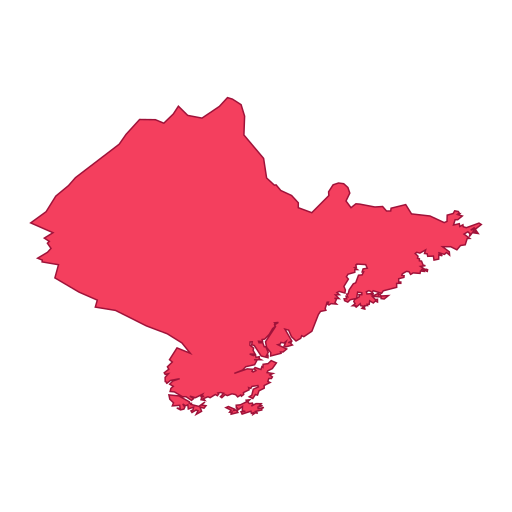 Grimstad nor, Aust-Agder, Norway
{"feature_id": "86288312B29149661311008", "entity_name": "Grimstad nor", "entity_type": "district", "adm_level": 2, "iso_a3": "NOR", "parent_name": "Norway", "parent_adm1": "Aust-Agder", "projection": "equal_earth", "projection_center": [8.556, 58.369], "detail": "fine", "context": "isolated", "style": "filled", "palette": "rose", "viewbox_px": 512, "rotation_deg": 0, "n_neighbors": 0, "source": "geoboundaries", "source_scale": "gbopen_adm2", "svg_char_len": 6113}
<svg xmlns="http://www.w3.org/2000/svg" viewBox="0 0 512 512"><path d="M169.5,359.7L172.3,362.0L167.4,366.8L168.8,369.2L164.2,372.8L165.2,374.4L168.4,373.7L165.1,377.4L165.2,381.6L167.0,382.5L166.4,383.7L170.6,380.4L179.7,378.7L172.8,381.0L169.7,384.2L173.3,386.3L170.9,388.4L170.1,391.5L174.4,391.9L182.5,396.7L186.1,396.7L191.5,400.4L193.5,398.7L189.8,396.1L195.4,397.7L202.6,394.2L201.2,396.4L204.1,396.1L201.8,397.1L201.0,399.7L204.9,400.4L203.4,398.7L208.0,396.7L210.1,397.7L215.3,394.5L217.4,395.7L218.7,394.0L217.9,393.0L220.5,392.5L223.7,393.3L220.4,396.7L221.8,397.7L225.2,394.6L227.3,395.6L232.0,393.8L235.6,394.6L237.7,396.9L240.8,394.9L241.4,396.2L243.7,394.5L243.4,392.6L249.1,389.8L248.6,387.6L250.8,388.4L251.9,386.4L257.9,385.5L258.4,386.9L253.3,389.2L251.8,395.2L249.2,396.8L252.8,398.5L255.4,394.5L257.5,395.1L259.0,390.8L264.2,388.2L264.2,385.5L270.1,382.5L267.8,381.5L268.8,378.5L271.4,378.5L272.4,376.9L269.8,374.9L272.9,373.5L267.1,372.6L267.7,370.9L272.3,368.6L276.4,362.9L271.2,360.6L268.1,363.6L263.1,364.3L262.9,367.3L261.9,366.6L260.9,369.5L255.1,367.5L254.1,368.7L255.9,370.6L253.1,372.0L252.0,371.3L253.0,369.3L247.3,368.9L234.3,373.4L242.6,370.0L245.7,366.7L254.6,364.7L257.1,360.0L254.0,359.7L261.0,359.7L259.2,358.7L259.2,356.7L256.0,357.4L255.5,354.9L253.4,355.6L249.7,354.1L255.2,354.1L253.1,350.4L253.6,348.1L249.9,345.2L250.1,341.9L252.2,341.8L251.7,344.8L254.3,345.5L261.2,356.0L268.0,357.7L268.0,355.3L266.4,355.7L268.2,352.4L265.8,346.7L264.3,346.8L262.7,342.8L259.0,342.8L258.5,341.2L262.6,341.5L262.1,339.5L264.7,339.1L269.3,334.3L272.7,328.5L275.1,326.6L274.5,324.5L275.2,323.8L274.5,322.8L278.4,322.4L274.7,324.8L275.5,326.6L265.5,341.8L266.6,347.4L270.8,352.7L270.6,356.0L281.0,353.3L280.5,352.0L283.1,352.0L286.7,349.0L277.8,344.7L280.4,344.0L280.9,342.4L284.0,343.0L286.1,341.4L284.1,346.0L286.2,346.8L292.4,345.0L290.6,343.3L291.3,342.0L288.2,342.7L291.8,341.0L284.9,329.1L288.6,330.1L291.5,336.7L296.0,341.0L300.7,338.3L301.7,335.7L303.8,336.7L311.9,331.2L318.4,314.5L320.5,311.4L325.9,310.3L325.2,308.5L327.1,302.2L328.5,302.1L327.8,304.3L328.9,305.0L331.0,303.6L336.6,304.1L335.0,302.5L336.5,299.2L334.5,298.2L339.1,298.6L335.4,294.9L339.4,294.7L336.9,292.6L339.1,291.4L344.9,293.0L345.4,290.0L343.9,286.4L348.4,279.1L346.4,276.8L348.0,274.2L354.8,272.3L354.8,269.6L357.4,269.6L354.7,267.6L356.3,267.3L355.8,265.0L357.3,264.3L356.3,264.0L365.7,264.6L367.3,268.2L363.1,268.9L362.1,271.9L363.6,271.9L362.1,274.9L358.5,275.2L355.7,282.8L353.3,283.8L349.2,289.8L348.2,293.8L346.7,294.1L347.7,296.8L346.1,296.4L346.7,298.8L344.1,298.8L344.6,300.7L347.8,302.1L350.3,299.7L356.6,298.4L357.6,292.1L361.8,292.7L361.8,294.7L358.9,294.7L359.4,296.7L354.6,299.6L353.8,301.5L355.1,303.7L352.5,305.7L355.6,305.7L355.3,306.4L356.2,307.1L360.3,303.7L360.8,305.7L364.0,306.3L361.9,308.3L365.6,309.3L364.0,308.6L365.0,306.0L364.0,305.6L367.6,305.6L367.1,304.3L369.2,304.3L369.7,300.8L373.3,303.0L375.4,301.0L377.5,302.0L377.5,299.3L375.4,299.6L372.2,296.3L381.1,297.0L381.1,298.6L384.2,299.0L388.4,295.6L381.1,296.0L380.0,294.3L378.5,295.0L378.5,293.3L373.8,295.5L371.7,294.4L373.8,293.4L367.0,294.0L366.4,291.7L369.0,290.6L372.2,292.4L373.2,290.7L381.6,293.3L383.3,290.8L396.7,287.3L396.6,283.4L400.8,283.3L400.8,282.0L398.7,282.0L398.7,278.7L403.9,277.4L404.1,275.7L401.8,275.4L402.3,273.8L406.4,271.4L409.0,271.7L410.6,274.4L413.2,272.9L420.0,273.4L420.5,271.0L424.2,271.4L423.6,270.0L427.3,271.4L427.6,269.7L426.2,269.2L421.0,269.7L423.8,268.6L420.5,266.4L425.4,265.7L423.1,265.1L421.5,261.1L419.4,260.8L419.4,258.8L417.5,258.2L418.0,256.2L415.2,253.5L416.7,252.3L419.9,253.1L425.6,249.9L424.5,253.5L427.2,253.8L427.7,256.3L433.4,256.1L434.0,260.1L438.7,259.1L438.8,254.9L442.3,255.8L438.3,252.5L444.4,254.4L446.5,252.5L449.6,255.1L449.3,251.8L442.5,246.7L450.7,246.7L456.9,249.8L460.5,245.5L465.2,244.8L467.2,238.5L469.7,238.4L464.0,234.1L467.8,231.8L470.1,233.8L469.3,236.6L474.0,230.6L475.5,231.9L474.0,232.9L478.2,233.5L475.1,229.1L470.7,230.1L474.1,227.8L475.6,229.0L481.3,224.5L479.0,223.1L466.3,227.7L463.2,226.7L462.9,224.8L459.8,226.5L459.3,223.7L453.5,225.0L455.1,219.7L457.7,219.7L462.3,216.0L458.6,214.9L459.7,213.8L457.9,214.0L459.2,212.9L458.3,211.5L454.7,210.8L453.2,213.5L447.2,215.1L447.0,221.4L444.2,222.6L430.0,216.0L411.5,213.9L405.7,204.6L391.1,208.2L390.7,211.0L386.5,211.0L382.6,206.5L374.9,207.0L359.7,204.1L355.9,203.8L351.0,207.7L346.0,201.0L349.8,193.1L347.9,187.5L343.7,183.7L338.5,183.0L333.1,184.8L328.6,191.8L328.8,195.6L311.8,212.7L298.3,207.7L298.3,202.8L291.6,195.5L280.8,190.5L276.1,184.9L274.4,185.2L266.6,178.0L263.6,158.4L243.9,135.0L244.6,116.2L241.1,104.7L232.4,99.1L227.5,97.6L219.4,106.4L202.0,118.1L187.7,115.4L178.4,106.2L173.3,114.0L163.8,123.2L155.4,119.7L139.6,119.5L126.1,134.3L119.2,144.2L75.5,177.6L68.5,185.6L55.8,196.1L46.1,211.7L30.7,222.9L53.0,232.7L44.3,238.1L49.3,241.4L47.4,243.2L51.0,248.4L47.5,252.3L37.6,258.2L42.3,260.1L42.1,261.9L58.5,264.7L54.9,277.9L79.0,292.1L97.3,300.1L95.3,307.1L115.5,310.4L146.4,325.9L167.3,333.8L181.9,342.9L190.3,353.3L177.0,347.9L169.5,359.7ZM189.3,401.8L178.8,395.9L168.9,394.9L169.8,399.2L173.5,402.8L172.3,405.9L179.7,405.3L180.2,408.6L176.8,408.0L180.5,409.9L183.9,409.1L184.8,407.2L182.7,404.0L185.6,405.8L187.8,404.8L188.3,409.0L193.6,407.1L193.0,409.9L191.0,410.9L192.0,412.5L196.1,410.0L198.0,410.8L196.2,414.3L201.6,411.3L200.0,407.1L204.0,408.2L206.0,405.7L201.3,405.0L205.0,402.0L198.8,406.4L190.9,404.4L191.4,403.4L189.3,403.1L189.3,401.8ZM249.7,399.8L246.1,400.2L246.6,401.8L240.4,404.8L236.2,405.2L236.3,407.5L237.8,408.2L236.3,408.2L237.9,408.8L237.9,409.8L233.7,410.5L234.7,409.2L228.4,406.5L225.9,407.6L231.1,410.2L229.6,412.2L232.7,412.2L231.1,412.5L231.1,414.2L237.9,412.5L236.8,410.8L242.5,406.5L242.3,410.8L245.4,411.4L241.0,411.8L242.1,414.1L250.9,411.2L251.4,413.4L253.5,412.7L253.0,414.4L255.6,412.7L257.7,413.4L255.6,411.4L261.8,410.0L261.8,408.4L263.9,407.4L258.2,408.7L257.9,407.1L262.6,405.7L259.7,405.4L261.2,403.7L256.0,403.6L251.4,406.1L252.9,404.4L252.4,403.1L249.2,403.5L247.7,401.8L249.7,399.8Z" fill="#f43f5e" stroke="#9f1239" stroke-width="1.5"/></svg>